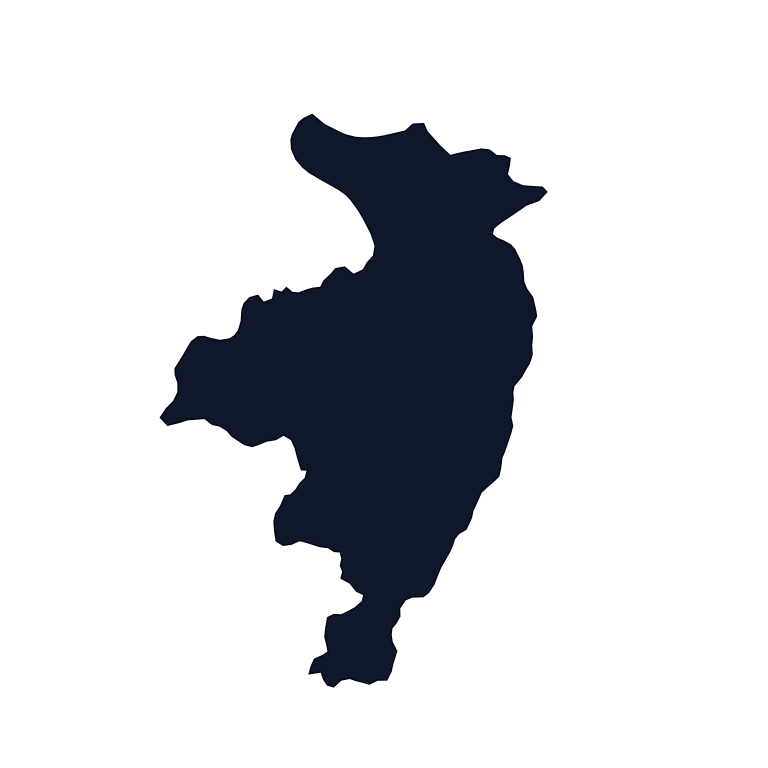 the district of Santos, São Paulo, Brazil, rotated 159°
{"feature_id": "56859067B16208795434371", "entity_name": "Santos", "entity_type": "district", "adm_level": 2, "iso_a3": "BRA", "parent_name": "Brazil", "parent_adm1": "São Paulo", "projection": "albers", "projection_center": [-46.282, -23.865], "detail": "fine", "context": "isolated", "style": "filled", "palette": "ink", "viewbox_px": 768, "rotation_deg": 159, "n_neighbors": 0, "source": "geoboundaries", "source_scale": "gbopen_adm2", "svg_char_len": 2979}
<svg xmlns="http://www.w3.org/2000/svg" viewBox="0 0 768 768"><g transform="rotate(159 384 384)"><path d="M557.6,140.3L545.8,137.8L546.1,129.8L544.6,123.3L539.7,119.4L530.4,123.1L521.4,121.6L516.8,117.6L511.6,114.0L505.4,109.3L496.2,109.9L487.5,106.8L480.4,113.2L476.9,118.6L472.0,125.0L468.0,130.0L469.0,140.1L467.4,147.3L464.3,153.3L459.0,156.3L452.6,161.4L449.9,169.1L441.5,174.9L434.1,175.2L423.6,171.5L417.1,173.5L409.1,179.3L402.6,186.6L396.5,192.8L389.4,198.6L382.6,204.2L378.0,208.9L373.7,214.3L368.0,217.7L359.7,219.0L355.2,223.1L350.5,227.8L346.3,234.2L338.8,241.4L332.1,248.1L324.7,251.1L316.3,254.1L310.1,256.7L305.2,264.0L300.5,273.0L296.2,277.4L290.8,283.8L283.6,292.5L279.0,298.9L277.7,307.3L273.4,315.1L269.2,322.8L267.0,330.0L263.5,335.7L252.9,341.7L247.6,346.2L240.7,351.6L235.3,358.3L232.4,367.4L228.5,375.1L225.7,385.2L217.3,392.7L216.1,398.8L214.3,411.6L216.9,421.7L217.1,429.4L214.6,437.1L212.8,444.3L212.8,451.7L213.8,462.5L215.9,468.2L221.1,474.5L226.2,479.3L229.5,484.8L226.0,490.2L216.2,493.4L206.0,495.6L198.9,497.3L192.9,498.6L187.3,500.2L173.7,499.9L163.3,505.0L165.7,511.0L173.4,514.4L183.3,519.1L191.0,526.4L194.0,535.4L188.3,544.0L185.5,549.4L189.8,553.7L197.2,556.8L201.8,564.6L208.9,568.3L218.2,570.0L224.7,571.3L233.2,572.6L240.4,573.4L247.1,587.5L249.6,594.3L253.4,604.0L253.8,612.8L263.8,616.1L273.6,612.4L280.7,613.4L287.8,614.4L294.9,615.4L301.2,616.7L307.1,618.2L314.6,620.8L322.6,624.5L331.1,630.6L335.2,634.7L342.3,642.5L347.0,647.8L350.3,653.7L354.5,661.2L363.8,660.6L369.8,658.5L379.5,650.2L383.2,645.3L386.0,636.3L385.5,625.2L382.0,615.4L377.7,608.0L369.4,597.5L363.2,590.2L356.2,581.6L351.3,574.0L348.8,567.9L345.3,554.7L343.6,543.7L342.0,528.5L342.6,516.2L347.8,507.3L356.2,503.1L362.3,497.9L373.3,497.1L378.9,507.2L387.9,508.9L393.8,505.5L403.0,501.8L408.5,496.8L416.2,498.8L422.3,499.4L431.0,499.4L436.9,502.2L440.6,508.9L446.7,506.1L452.6,510.9L457.5,503.2L467.3,503.2L470.1,511.9L478.5,512.6L485.6,509.2L489.8,504.2L494.7,493.7L500.4,486.3L505.9,482.6L511.8,481.3L521.6,483.3L529.5,488.4L535.1,492.8L540.9,494.7L548.7,492.4L555.5,487.1L560.0,483.3L573.4,473.2L575.5,467.2L575.8,459.0L579.1,450.2L586.4,443.3L596.2,438.8L604.7,432.8L600.8,423.1L588.8,421.6L579.9,421.1L570.9,418.3L563.8,416.3L558.6,407.8L552.5,403.9L547.1,396.8L544.5,389.7L540.4,383.9L535.8,377.5L529.4,372.9L521.1,372.7L514.0,372.9L505.0,371.0L496.0,372.5L490.2,365.0L489.8,356.2L490.8,347.1L491.4,339.7L491.8,333.6L486.2,331.2L491.1,324.3L498.3,321.1L504.0,316.8L510.9,313.8L516.4,315.1L523.9,307.3L531.5,301.7L535.9,295.0L538.6,286.2L540.8,276.1L535.9,269.6L527.8,267.7L518.8,268.2L511.9,263.2L502.3,255.4L494.8,251.4L490.5,245.7L485.0,243.0L485.7,236.0L489.6,230.2L489.6,223.5L493.6,218.0L487.1,210.4L483.8,200.3L478.2,194.5L482.0,188.7L491.1,185.4L499.2,184.3L506.6,183.6L513.3,186.6L520.2,186.1L525.1,178.0L529.7,169.2L530.7,161.0L532.0,153.9L538.7,152.4L547.4,152.0L552.9,146.6L557.6,140.3Z" fill="#0f172a" stroke="#020617" stroke-width="1.5"/></g></svg>